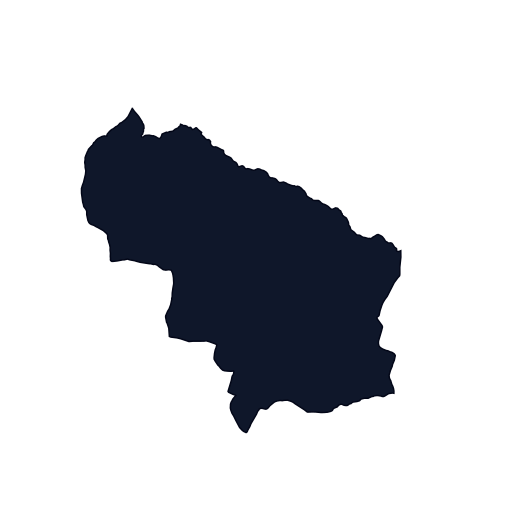 Asmat, Anseba, Eritrea, rotated 323°
{"feature_id": "51966322B95740891670164", "entity_name": "Asmat", "entity_type": "district", "adm_level": 2, "iso_a3": "ERI", "parent_name": "Eritrea", "parent_adm1": "Anseba", "projection": "robinson", "projection_center": [37.974, 16.37], "detail": "fine", "context": "isolated", "style": "filled", "palette": "ink", "viewbox_px": 512, "rotation_deg": 323, "n_neighbors": 0, "source": "geoboundaries", "source_scale": "gbopen_adm2", "svg_char_len": 6105}
<svg xmlns="http://www.w3.org/2000/svg" viewBox="0 0 512 512"><g transform="rotate(323 256 256)"><path d="M276.0,106.9L275.0,105.4L273.7,106.4L272.1,106.4L270.8,106.8L267.7,106.1L265.0,106.3L264.3,106.1L261.9,104.7L259.8,104.2L258.9,103.2L254.4,102.1L252.4,103.5L250.9,104.1L249.9,104.3L249.4,103.9L248.5,102.6L247.7,100.4L246.4,98.2L245.7,97.8L243.4,95.2L240.4,93.2L238.9,92.9L238.4,93.1L237.6,93.1L236.5,92.6L236.4,92.4L236.4,91.8L236.9,90.8L237.9,90.4L238.8,90.4L239.8,89.5L241.0,88.8L243.0,86.5L243.4,86.6L243.6,86.3L244.9,84.3L245.3,83.1L245.4,81.0L245.8,80.4L246.3,74.4L246.3,72.6L245.9,67.1L246.0,65.7L245.8,64.2L246.6,63.4L237.7,67.7L233.8,68.5L229.2,68.6L227.2,68.1L224.5,68.7L223.2,68.7L221.8,68.4L218.6,68.5L217.2,68.2L215.6,68.2L213.8,68.4L210.5,69.2L209.5,69.9L209.0,70.5L208.2,69.9L207.1,68.8L205.0,67.9L200.7,67.1L198.2,67.3L196.2,67.9L194.5,67.9L192.1,69.2L191.2,69.1L186.4,70.0L184.9,71.0L184.2,71.2L180.3,73.5L178.6,74.7L177.7,76.0L175.6,78.1L175.2,78.8L174.3,80.5L172.9,82.4L171.4,85.5L168.9,88.2L162.6,93.4L159.9,95.1L157.2,97.1L154.4,100.9L150.0,108.7L148.9,111.6L148.5,112.2L148.2,113.1L148.2,116.4L147.9,117.8L147.6,118.6L145.7,121.1L144.6,123.4L143.2,126.4L142.7,128.8L142.8,130.0L143.4,131.6L145.0,134.0L146.1,136.7L146.6,137.5L149.4,143.9L150.2,148.0L150.2,149.8L147.9,153.1L147.6,154.5L146.8,156.2L146.0,158.6L144.7,161.4L143.0,163.5L141.4,166.2L139.3,168.8L138.4,170.3L137.4,171.5L137.2,172.1L137.3,172.8L137.6,173.5L138.5,174.2L142.2,176.4L147.1,178.8L148.3,179.7L151.5,181.1L152.9,183.1L156.4,186.9L157.2,188.1L159.8,191.4L166.1,197.9L167.2,198.8L169.1,201.1L170.4,201.8L171.7,204.0L172.2,206.4L173.7,211.1L175.5,213.0L178.0,214.4L179.3,215.7L179.7,216.4L179.7,217.0L179.1,219.4L178.3,221.2L176.9,223.8L174.0,228.1L173.1,229.1L170.5,231.5L166.9,235.1L164.5,238.1L163.1,239.2L162.8,239.8L158.5,243.6L154.7,246.0L152.3,246.9L147.9,249.4L147.1,250.3L144.7,255.1L144.6,256.2L144.2,257.4L142.9,261.2L138.4,268.1L139.2,269.5L143.6,273.8L146.0,276.7L151.0,284.0L154.4,286.1L163.1,292.6L165.2,293.8L167.2,296.4L170.5,301.5L171.2,302.9L171.1,303.4L170.6,303.9L169.0,305.2L166.9,306.5L164.2,308.9L161.4,311.9L160.5,313.2L160.1,315.9L159.9,320.3L160.2,321.6L160.2,324.3L160.7,327.1L161.8,328.7L163.7,330.5L166.5,332.9L168.1,333.9L168.7,333.9L168.9,334.2L169.0,334.7L167.8,336.0L166.6,337.0L165.2,337.4L164.1,338.1L161.1,340.8L152.2,347.3L152.1,348.3L154.5,352.9L155.8,354.6L156.0,355.2L151.5,356.3L149.1,357.5L148.2,357.8L146.5,359.0L144.0,362.0L143.1,364.1L142.2,367.1L141.9,370.4L141.0,375.0L139.7,383.1L140.1,387.0L140.6,388.7L141.8,391.0L142.4,391.2L143.6,390.8L144.7,390.1L148.4,388.5L151.0,386.9L161.2,382.6L163.7,381.1L165.7,380.6L166.5,380.2L167.9,380.4L169.1,381.2L171.4,384.0L172.5,384.6L174.2,384.6L177.0,383.9L182.1,383.7L183.1,383.7L185.5,384.4L188.2,385.8L190.0,387.4L191.6,388.2L194.4,390.1L196.6,393.2L197.6,395.1L198.3,397.6L202.1,407.9L203.0,411.3L203.4,411.8L207.3,414.5L209.9,416.6L213.8,420.2L216.2,421.9L219.2,423.8L222.1,425.0L223.5,425.3L224.3,425.2L225.1,424.7L226.7,424.5L230.1,425.4L232.2,424.9L234.3,425.3L235.2,425.9L236.5,428.2L237.8,429.5L238.8,430.2L239.4,430.4L241.9,430.4L242.8,431.0L244.7,430.9L245.7,431.1L249.1,433.0L251.6,433.9L253.9,433.5L256.9,434.8L260.0,437.1L263.8,437.9L265.2,438.7L265.8,438.7L266.8,439.1L268.8,440.3L269.8,441.2L271.7,443.2L272.2,444.1L273.3,445.0L274.5,445.3L279.1,445.7L282.6,447.6L283.5,448.6L284.9,446.8L286.0,444.7L286.8,442.4L287.2,440.2L288.6,436.5L288.7,435.2L289.2,433.5L290.5,431.3L294.5,428.3L298.3,426.1L299.9,424.7L303.7,422.5L307.0,419.6L307.4,419.1L307.5,417.4L307.0,415.8L306.5,414.6L305.5,413.4L304.3,411.1L303.1,409.8L301.1,406.4L300.1,403.7L300.1,402.0L300.2,401.4L301.2,399.4L302.7,397.6L311.2,391.3L314.3,388.8L314.8,387.4L314.9,380.3L315.2,378.1L316.2,377.7L318.0,377.7L318.6,377.4L322.2,374.3L327.1,370.9L329.4,369.6L332.6,368.3L336.6,367.1L350.4,360.4L356.2,358.7L358.8,358.2L359.9,357.1L364.1,351.5L371.0,344.1L374.8,338.9L372.8,338.4L371.7,337.3L371.4,336.8L371.4,336.2L372.5,335.1L372.6,334.8L372.5,333.9L371.9,332.4L372.2,329.4L372.2,327.9L372.1,327.4L371.4,326.5L369.8,325.6L369.3,324.8L369.1,323.8L368.5,322.8L368.3,321.3L368.6,320.0L368.5,316.7L368.0,315.2L366.6,312.5L366.2,312.2L365.2,311.8L362.5,311.6L360.9,311.3L358.4,311.4L358.1,311.2L357.6,310.5L356.1,309.5L354.1,306.8L352.7,305.4L352.4,304.8L351.5,302.2L351.2,301.7L349.4,300.1L349.1,299.4L348.9,298.3L348.8,296.3L347.6,292.3L347.8,291.4L348.5,289.6L348.7,288.9L348.6,287.2L349.8,285.2L350.2,284.1L351.0,280.2L350.6,278.8L350.0,277.6L349.9,276.4L349.5,276.0L349.6,275.4L350.2,274.0L350.2,272.3L350.6,271.7L350.7,270.9L350.1,269.4L349.9,267.1L349.4,266.4L348.4,265.4L345.6,264.9L344.5,264.2L344.0,263.1L343.5,260.0L342.8,258.1L341.8,256.1L340.8,254.8L340.1,253.0L339.9,251.4L339.5,249.7L339.2,249.2L336.3,247.0L335.2,245.9L334.9,245.3L334.8,243.6L333.9,242.3L332.7,238.9L332.9,237.4L333.4,236.2L333.5,234.4L333.7,233.6L333.2,231.5L332.9,228.8L332.1,226.5L331.1,225.2L330.4,225.0L329.5,224.4L328.8,222.9L327.9,222.4L326.5,220.6L324.4,217.3L324.1,216.2L322.5,213.5L320.1,212.3L319.1,211.6L318.7,211.1L318.3,209.4L318.3,207.4L318.0,206.2L317.6,205.4L315.9,203.3L314.7,202.4L314.1,200.8L314.3,198.9L314.8,197.1L314.6,195.1L313.6,192.5L312.1,190.6L311.3,188.9L310.5,188.0L309.8,187.4L308.9,187.1L306.8,186.7L305.8,186.2L305.1,185.5L303.3,182.7L302.0,181.3L301.4,180.9L300.8,180.8L300.3,180.3L300.0,179.3L300.0,177.1L299.5,175.9L298.8,175.4L296.0,174.5L295.7,174.1L295.6,173.6L296.2,171.4L296.3,170.4L296.2,169.1L295.2,167.1L294.9,166.1L295.0,162.8L294.4,161.2L292.4,157.6L292.0,155.9L292.2,154.5L292.7,153.4L293.3,152.7L293.4,152.0L293.2,151.4L292.5,150.4L290.4,145.9L289.5,144.6L287.9,143.6L287.1,142.4L286.9,140.0L287.2,139.1L287.6,138.3L288.6,137.2L288.6,135.7L288.3,134.6L287.3,134.0L286.6,133.1L286.1,132.0L286.1,129.8L285.6,127.7L285.4,125.7L285.7,125.3L286.8,124.8L286.9,124.4L285.9,120.6L285.6,117.9L285.4,117.6L285.1,117.4L282.7,117.3L281.3,116.7L281.2,114.0L280.7,113.5L280.0,113.3L279.6,113.0L278.9,111.7L278.9,110.8L278.6,110.3L277.7,109.0L276.6,108.4L276.0,106.9Z" fill="#0f172a" stroke="#020617" stroke-width="1.5"/></g></svg>